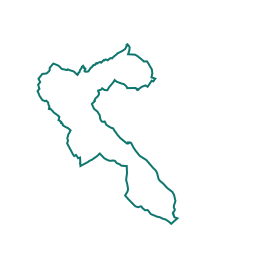 Bungudu, Zamfara, Nigeria, rotated 315°
{"feature_id": "59680162B44112457363104", "entity_name": "Bungudu", "entity_type": "district", "adm_level": 2, "iso_a3": "NGA", "parent_name": "Nigeria", "parent_adm1": "Zamfara", "projection": "orthographic", "projection_center": [6.612, 12.009], "detail": "fine", "context": "isolated", "style": "outline", "palette": "teal", "viewbox_px": 256, "rotation_deg": 315, "n_neighbors": 0, "source": "geoboundaries", "source_scale": "gbopen_adm2", "svg_char_len": 5123}
<svg xmlns="http://www.w3.org/2000/svg" viewBox="0 0 256 256"><g transform="rotate(315 128 128)"><path d="M87.2,47.7L88.3,50.4L89.5,50.8L89.6,53.3L88.7,54.7L88.1,55.7L87.6,57.2L85.5,58.6L85.9,59.3L86.7,59.5L86.7,62.2L86.5,65.0L86.9,67.0L87.2,69.0L87.4,71.5L84.4,73.4L84.9,74.4L85.0,76.5L84.6,76.6L84.3,76.7L84.2,77.0L84.2,77.3L84.5,77.4L84.6,78.0L84.8,78.3L84.6,78.8L84.4,79.4L83.9,79.8L83.9,80.5L84.2,81.6L84.6,83.3L84.8,84.0L85.4,85.1L85.5,86.0L85.5,86.4L85.7,87.2L85.7,89.1L84.4,89.4L83.5,89.9L82.4,90.1L81.3,90.3L80.7,90.7L79.7,91.4L78.4,91.9L77.9,92.3L77.1,93.5L76.7,94.5L74.1,95.8L70.4,107.9L70.1,109.8L72.2,110.3L71.4,114.1L73.2,115.0L70.2,118.3L69.8,118.7L69.7,118.9L69.4,119.0L69.1,119.0L68.9,119.2L69.0,119.4L68.9,119.7L68.7,120.0L68.3,120.4L67.5,121.3L69.0,121.7L69.7,121.9L70.6,122.2L71.5,122.5L73.6,123.1L74.5,123.4L75.9,123.8L77.3,123.9L79.9,124.9L85.0,125.8L87.1,126.1L90.0,126.1L89.8,132.5L91.0,136.5L92.0,138.4L93.4,139.6L94.6,140.5L95.5,142.1L95.2,144.8L96.5,147.9L96.5,149.1L96.9,150.3L100.2,154.0L95.2,159.4L92.1,161.7L89.8,163.6L88.0,166.8L85.5,170.4L84.2,171.8L82.2,172.7L80.2,173.2L78.2,173.7L77.9,178.5L77.8,188.4L78.9,190.8L79.6,191.5L80.9,192.0L81.7,192.5L82.0,193.2L81.6,194.8L81.9,198.2L82.9,199.1L83.6,199.6L83.9,200.3L83.8,201.4L83.3,204.7L83.4,205.4L84.6,208.1L85.9,211.4L87.4,213.5L88.4,216.6L90.0,219.5L90.6,222.8L90.8,224.7L90.8,226.3L99.1,226.8L98.3,225.1L97.8,224.0L97.8,223.6L98.1,223.0L98.5,222.5L98.7,221.4L98.9,221.2L99.2,221.3L99.3,221.1L99.4,220.8L99.3,220.5L99.3,220.4L99.5,220.3L99.5,220.1L99.5,219.9L100.2,219.6L100.8,219.6L101.4,219.5L102.0,219.4L102.7,219.2L103.1,219.0L103.6,218.6L103.7,218.2L103.9,217.3L104.4,216.4L105.4,215.5L110.0,213.1L111.0,211.4L113.2,208.0L114.2,204.6L113.3,198.3L113.6,192.2L113.2,188.1L113.5,185.8L116.8,180.3L117.6,177.5L117.5,174.3L118.3,163.6L116.6,155.9L117.3,149.5L118.0,145.9L119.6,140.9L119.1,139.4L117.7,138.1L117.5,138.3L117.5,138.5L117.3,138.7L117.2,138.9L117.2,139.0L116.7,138.7L116.3,138.3L115.4,129.0L115.6,127.6L115.7,125.3L116.3,122.5L116.4,122.0L116.4,121.9L116.4,121.6L116.4,121.3L116.3,120.8L116.6,120.3L116.6,120.2L116.8,119.7L117.2,117.5L116.4,116.4L115.5,113.5L114.9,110.3L115.8,108.1L116.1,106.9L114.9,106.2L114.2,105.2L114.2,103.6L115.0,101.6L117.2,98.7L117.3,97.5L118.0,94.7L117.5,90.3L118.3,88.5L119.4,85.5L120.8,85.4L122.4,85.6L123.6,85.5L123.5,84.9L125.5,84.2L126.3,84.1L129.3,84.2L129.5,84.1L129.9,84.0L130.5,83.9L130.8,83.7L131.0,83.7L131.3,83.5L131.5,83.4L132.1,82.9L132.4,82.7L132.6,81.8L132.8,81.0L133.3,80.4L135.1,81.3L135.9,81.8L136.6,81.9L137.1,81.9L137.8,81.7L138.1,83.5L138.2,84.4L138.7,85.1L139.3,85.8L139.7,86.3L140.2,86.7L143.5,85.8L145.9,85.6L149.6,85.3L149.9,85.3L150.2,85.2L150.3,85.2L150.6,85.1L150.8,85.0L152.5,84.7L152.4,85.2L152.3,85.4L152.2,85.6L152.5,85.9L152.6,86.1L152.7,87.2L153.4,88.6L153.7,89.5L155.0,92.2L156.1,94.1L156.3,96.0L156.1,98.4L155.6,99.2L161.7,105.1L161.7,106.5L161.7,106.9L161.4,107.0L161.4,107.5L162.4,107.5L162.3,108.2L163.7,108.2L164.2,108.2L165.2,108.3L167.4,108.8L170.5,110.3L171.0,112.7L178.2,111.3L178.8,112.9L182.2,112.4L180.4,108.8L183.9,106.5L186.3,103.4L187.0,100.5L188.1,96.7L188.5,94.2L186.2,92.2L186.3,91.2L186.1,89.1L186.0,87.5L185.8,86.3L185.7,84.6L185.2,82.5L185.0,81.9L184.9,81.2L180.2,75.9L183.3,74.4L186.2,72.2L186.8,69.8L186.7,68.3L185.7,68.3L185.6,69.2L184.0,69.3L183.5,69.6L181.7,70.1L178.9,69.6L174.6,68.3L173.3,67.7L172.3,67.9L169.9,67.6L166.9,67.4L165.9,67.5L165.8,67.2L165.4,66.8L165.3,66.6L165.2,66.3L164.8,66.3L164.1,66.0L161.5,65.8L161.1,64.4L160.8,63.9L160.0,63.5L158.9,63.4L158.8,62.8L155.2,62.8L155.1,62.2L155.0,61.6L152.8,60.7L152.3,60.5L151.9,60.4L151.8,60.6L151.6,60.5L151.5,60.4L151.4,60.2L151.3,59.9L151.3,59.7L151.2,59.7L151.1,59.8L150.9,59.8L150.6,59.9L150.7,60.0L150.3,60.0L150.2,60.0L150.2,59.9L149.9,59.9L149.7,59.8L149.3,59.9L149.2,59.7L148.9,59.4L148.2,59.2L148.1,59.4L147.7,59.3L147.5,59.1L147.3,59.1L147.2,59.2L146.9,59.1L146.7,59.3L146.2,59.3L145.4,59.4L145.0,59.4L144.8,59.2L144.6,59.1L144.1,59.1L143.9,59.1L143.7,59.1L143.3,59.2L143.0,59.4L142.5,59.5L142.0,59.5L141.6,59.6L141.0,59.8L139.7,59.8L138.5,58.8L138.1,58.6L137.8,58.2L137.6,57.8L137.5,57.3L137.5,57.0L138.1,56.6L139.1,56.3L139.7,56.1L139.8,56.0L139.7,55.8L139.8,55.6L139.7,55.3L139.6,55.2L139.7,54.8L139.6,54.7L139.3,54.6L139.3,54.4L139.7,54.2L139.8,53.8L140.0,53.5L140.0,53.3L139.9,53.2L139.7,53.2L139.7,52.9L139.9,52.7L140.1,52.7L140.2,52.3L139.9,52.3L139.7,52.4L139.4,52.3L139.3,52.2L139.2,52.2L139.1,52.3L138.8,52.2L138.7,52.1L138.4,52.2L137.0,52.9L135.9,53.0L135.0,53.2L134.7,53.3L134.4,53.5L134.1,53.7L132.9,54.3L132.7,54.2L132.3,53.9L131.8,54.0L131.2,54.1L131.0,54.5L130.6,54.7L130.4,54.5L129.8,54.6L129.7,53.3L129.7,52.4L129.7,52.2L129.7,51.8L129.7,51.5L129.7,50.7L129.6,49.7L129.2,48.8L128.9,48.2L127.9,46.4L126.8,43.9L126.0,44.0L125.7,43.7L122.9,39.3L123.0,35.5L122.6,33.9L120.8,29.7L119.3,29.7L115.0,30.2L114.4,30.9L113.2,31.9L111.8,32.0L109.2,31.9L107.6,30.8L105.7,29.2L99.5,29.9L99.4,30.4L98.3,33.5L95.1,33.8L93.0,37.7L92.3,37.5L91.7,37.7L91.0,38.0L90.6,37.9L90.0,38.1L89.7,39.2L88.2,42.7L87.2,47.7Z" fill="none" stroke="#0f766e" stroke-width="2"/></g></svg>